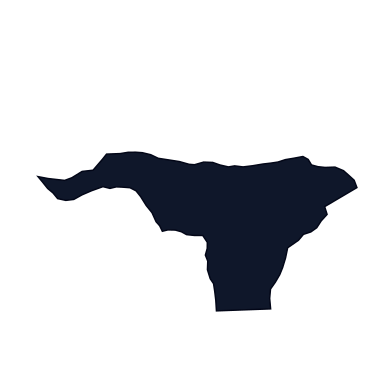 Trabiju, São Paulo, Brazil (Mercator projection), rotated 29°
{"feature_id": "56859067B68182867271292", "entity_name": "Trabiju", "entity_type": "district", "adm_level": 2, "iso_a3": "BRA", "parent_name": "Brazil", "parent_adm1": "São Paulo", "projection": "mercator", "projection_center": [-48.36, -22.031], "detail": "fine", "context": "isolated", "style": "filled", "palette": "ink", "viewbox_px": 384, "rotation_deg": 29, "n_neighbors": 0, "source": "geoboundaries", "source_scale": "gbopen_adm2", "svg_char_len": 1256}
<svg xmlns="http://www.w3.org/2000/svg" viewBox="0 0 384 384"><g transform="rotate(29 192 192)"><path d="M49.9,253.2L55.8,255.5L64.1,258.9L70.9,260.2L77.7,262.9L85.7,260.5L92.2,255.8L97.2,247.8L103.6,239.5L111.5,230.5L118.5,228.6L123.3,224.2L128.3,221.7L135.7,218.3L142.5,218.1L149.3,220.9L158.5,226.0L167.1,229.5L175.0,235.4L180.1,237.2L185.1,240.7L189.3,236.8L195.8,233.4L202.0,231.9L207.9,231.9L215.0,228.9L222.5,224.8L229.8,228.6L232.7,234.0L234.3,240.7L239.3,244.8L243.2,252.5L250.0,259.0L255.3,261.7L260.3,268.2L265.4,275.3L271.0,284.1L317.4,256.1L311.5,247.4L307.7,238.8L308.6,230.5L308.8,221.7L307.9,214.2L305.8,204.4L302.7,194.4L308.5,182.6L310.0,175.0L315.3,169.3L318.4,162.8L319.0,154.6L321.0,146.1L315.1,140.5L334.1,108.2L328.1,103.1L321.3,101.5L314.2,99.9L305.0,100.9L296.5,106.0L289.9,108.8L283.4,110.4L277.8,107.2L271.8,107.2L264.8,113.0L258.0,118.4L252.7,124.1L246.7,128.7L240.4,133.2L232.1,139.8L224.5,145.3L216.6,148.5L211.7,152.4L203.4,154.8L195.8,156.1L187.7,160.2L181.0,166.9L176.0,169.2L166.2,171.5L146.1,178.9L137.8,179.4L129.5,181.7L123.5,184.5L116.8,188.3L110.6,193.2L98.9,200.3L97.8,206.9L94.9,220.9L85.9,227.3L80.0,237.8L75.0,243.6L67.3,246.8L59.6,250.0L49.9,253.2Z" fill="#0f172a" stroke="#020617" stroke-width="1.5"/></g></svg>